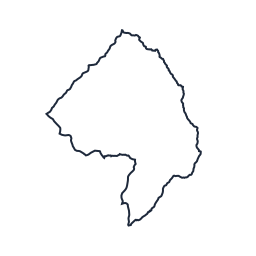 the district of Jericó, Boyacá, Colombia, rotated 29°
{"feature_id": "7082276B82066081329321", "entity_name": "Jericó", "entity_type": "district", "adm_level": 2, "iso_a3": "COL", "parent_name": "Colombia", "parent_adm1": "Boyacá", "projection": "robinson", "projection_center": [-72.572, 6.138], "detail": "fine", "context": "isolated", "style": "outline", "palette": "slate", "viewbox_px": 256, "rotation_deg": 29, "n_neighbors": 0, "source": "geoboundaries", "source_scale": "gbopen_adm2", "svg_char_len": 5785}
<svg xmlns="http://www.w3.org/2000/svg" viewBox="0 0 256 256"><g transform="rotate(29 128 128)"><path d="M164.0,79.7L163.2,79.5L162.4,79.1L161.3,78.0L161.1,77.2L161.3,74.9L161.0,73.9L160.6,71.8L160.1,70.7L159.4,70.3L159.2,70.0L158.6,68.8L157.9,68.2L157.3,67.9L157.0,67.6L156.7,67.2L156.6,66.4L156.4,66.0L156.1,65.3L155.5,65.4L154.8,65.8L153.9,65.2L153.2,65.1L151.8,66.0L151.4,66.1L150.9,66.0L150.1,65.1L149.2,64.9L148.9,64.7L148.0,63.7L147.0,63.5L144.6,62.3L142.5,61.5L142.2,61.2L142.0,60.6L141.3,60.0L140.7,59.8L139.4,59.8L138.3,59.3L136.7,58.0L136.0,58.0L135.7,57.9L135.5,57.6L135.3,57.0L135.1,56.8L134.4,56.6L133.8,56.2L133.1,56.2L132.5,55.9L132.1,55.5L132.0,54.8L131.8,54.6L129.1,53.7L128.5,53.1L127.6,52.9L126.9,51.8L126.1,51.4L125.5,50.8L125.1,50.6L124.1,51.0L122.8,50.6L121.3,50.6L121.0,50.4L120.9,49.8L120.7,49.5L119.9,48.5L118.9,47.6L118.5,47.3L117.8,47.2L117.0,46.0L116.0,45.7L115.5,45.3L114.7,45.7L114.3,46.2L114.2,46.5L114.4,47.1L114.3,47.4L113.6,47.5L112.8,48.0L111.6,48.5L111.1,48.1L110.0,47.9L109.3,48.7L108.5,48.8L107.5,49.4L106.1,49.8L105.5,49.7L105.2,49.6L104.7,49.1L104.2,48.3L103.7,48.3L103.0,48.5L102.5,48.6L101.4,48.0L101.0,47.7L99.8,46.4L99.5,46.3L97.6,46.2L95.9,45.8L95.1,45.5L94.7,44.9L94.6,43.6L94.5,43.1L94.0,43.0L93.2,43.1L92.1,42.5L91.2,42.5L90.0,42.7L89.8,42.8L89.4,43.5L89.0,43.9L87.8,44.3L86.5,45.1L85.1,45.0L84.5,44.6L84.2,44.5L82.9,44.6L81.8,44.9L80.5,45.7L78.6,46.4L77.8,46.5L77.4,46.4L76.0,45.3L75.5,45.3L75.3,45.4L76.1,47.9L76.5,50.9L76.3,51.7L74.5,53.4L74.2,54.2L74.1,55.4L74.4,57.5L74.7,58.1L75.2,58.5L75.4,59.1L75.4,59.5L75.3,60.4L75.1,61.0L73.7,63.1L73.3,63.9L73.0,64.8L73.1,66.0L73.4,67.3L73.4,68.3L73.1,69.8L73.1,72.1L72.5,73.7L72.4,74.4L72.6,74.9L73.0,75.5L73.1,76.1L73.1,76.4L72.9,76.6L72.0,77.3L69.8,80.0L69.7,81.0L69.9,83.5L69.9,84.1L69.4,86.0L69.5,86.9L69.2,87.6L67.2,89.5L66.4,90.0L64.9,91.1L63.7,91.8L63.3,92.2L63.3,92.7L63.8,93.2L64.3,94.1L64.7,95.3L65.1,96.1L65.3,97.2L65.0,98.1L64.4,99.0L62.1,101.9L61.9,103.0L62.2,104.9L61.9,106.2L61.6,107.0L60.1,109.9L59.5,111.5L58.5,112.8L58.2,113.5L58.3,115.9L58.1,117.7L58.4,119.7L58.3,120.5L58.4,121.5L58.4,121.8L57.8,123.1L56.9,124.1L56.6,124.7L56.7,127.2L55.7,129.8L55.6,130.7L55.5,132.1L55.1,133.5L54.9,133.9L53.8,135.2L53.2,136.4L52.9,137.5L53.0,140.7L52.6,143.0L52.6,145.2L51.8,147.3L52.1,149.2L51.9,151.4L51.6,152.2L51.0,153.0L49.9,155.2L51.6,155.7L52.5,156.1L54.7,156.5L55.9,156.6L57.7,156.6L58.1,156.7L60.1,157.9L64.1,159.2L66.2,159.8L68.4,160.6L68.8,160.9L69.6,162.2L70.4,164.1L70.9,166.1L73.5,166.0L75.8,165.3L76.9,164.8L79.3,163.0L80.3,162.7L81.5,162.8L82.0,163.0L82.6,163.7L83.4,164.3L84.1,166.4L84.3,166.7L85.2,167.6L87.6,169.6L88.5,170.6L90.1,171.5L92.2,172.8L93.9,172.8L94.5,172.7L96.2,171.9L97.4,171.6L101.8,171.8L102.1,172.0L103.2,172.0L104.3,172.4L105.0,171.9L106.3,170.4L107.5,167.7L110.0,163.9L114.4,162.0L114.9,162.0L115.6,162.8L116.4,163.4L118.6,164.6L119.5,164.8L120.1,165.2L121.0,165.6L121.7,165.7L121.6,165.1L121.4,164.8L121.5,164.4L121.3,164.3L121.3,164.0L121.6,163.7L121.8,163.7L122.2,163.5L122.7,163.1L123.1,162.6L123.2,162.2L124.1,161.4L124.6,161.4L125.5,160.8L126.2,160.6L126.3,160.4L126.5,160.4L127.0,160.8L127.3,160.3L127.9,159.8L129.3,159.2L129.8,158.8L131.9,157.8L132.2,157.4L132.6,156.6L133.3,155.7L133.4,154.8L134.4,154.7L136.3,154.1L137.3,153.4L138.1,153.1L138.4,152.7L138.6,152.6L140.5,152.6L141.0,152.4L141.5,151.9L142.0,151.9L143.3,152.5L144.2,153.1L145.6,153.2L147.1,153.1L149.5,152.3L149.8,153.0L150.4,153.9L151.6,155.3L152.1,155.7L151.8,157.1L151.8,158.0L151.9,159.2L152.0,159.5L152.8,160.2L153.2,160.9L153.4,161.6L153.3,162.4L153.0,163.6L152.2,165.9L151.7,168.4L151.6,169.8L151.7,170.7L152.3,171.9L152.8,172.8L153.5,174.3L155.1,178.8L155.6,180.7L155.7,182.0L155.5,183.8L154.5,187.8L155.0,190.3L156.1,192.1L157.0,193.0L158.7,194.3L159.2,195.2L159.3,196.4L159.5,197.2L160.7,195.9L161.4,195.3L162.3,194.8L163.3,194.7L164.4,194.9L164.9,195.1L166.0,196.7L169.0,199.9L171.2,203.3L171.5,204.1L171.9,205.9L172.4,207.1L174.2,209.4L174.5,210.1L174.9,211.9L175.3,213.3L175.2,213.5L177.5,211.5L177.3,210.7L177.4,209.8L178.9,205.2L179.2,204.6L179.6,204.4L180.1,204.6L180.7,203.9L181.6,203.8L182.7,202.6L182.9,202.2L183.5,200.5L183.7,199.2L184.4,197.8L185.4,196.1L186.0,194.5L186.4,193.8L186.3,193.1L186.5,192.5L186.3,192.0L186.5,191.8L186.8,191.7L187.4,190.6L187.1,190.4L187.2,190.1L187.2,189.7L187.3,189.6L187.7,189.8L187.9,189.7L188.3,188.5L187.8,187.3L187.8,187.0L188.1,186.1L188.7,185.0L189.0,184.2L189.0,183.5L188.6,182.1L188.5,181.0L188.6,178.9L188.9,176.0L188.7,174.8L188.6,174.4L188.8,173.9L190.1,171.5L190.1,170.7L189.7,167.8L189.1,166.1L188.1,164.4L187.9,163.4L187.8,161.6L188.0,160.7L188.8,159.9L189.1,159.5L189.1,157.2L189.3,156.8L189.9,156.0L190.2,155.3L190.2,154.8L190.0,153.3L190.7,150.8L191.0,147.8L191.5,147.3L192.6,147.2L194.1,146.1L195.5,145.3L197.3,145.4L199.4,145.3L200.5,144.4L201.5,144.2L201.8,143.7L202.2,143.4L203.3,142.7L204.0,141.5L204.1,140.4L204.5,139.5L204.8,138.9L205.6,138.6L206.0,138.1L206.1,137.5L205.8,135.9L206.0,134.2L205.0,131.6L204.9,130.2L204.3,128.6L203.8,127.9L203.6,127.0L203.6,126.4L203.9,125.7L204.2,124.7L204.4,123.6L204.0,121.2L203.8,118.5L203.8,117.9L204.1,116.3L204.1,115.5L203.2,113.5L203.0,113.3L202.7,113.3L201.3,113.8L200.6,112.8L197.8,111.7L197.0,111.0L196.5,110.4L196.1,109.6L196.2,108.5L196.2,107.8L195.5,105.9L194.9,105.2L193.9,104.4L193.6,103.9L193.4,103.5L193.3,102.3L192.3,100.6L191.8,98.7L191.1,97.7L189.7,96.8L189.1,95.8L189.0,94.8L188.7,94.2L187.3,93.9L186.8,94.0L185.9,94.4L185.0,94.5L183.3,93.9L182.4,93.2L180.8,93.4L180.5,93.4L179.4,92.5L178.2,91.9L176.1,91.2L174.8,90.5L174.6,90.3L174.1,89.6L173.2,89.1L171.3,87.4L169.7,86.7L168.5,85.6L167.9,84.7L167.4,83.6L167.0,83.4L166.4,83.2L166.2,83.0L165.7,82.0L165.1,81.5L164.5,80.1L164.0,79.7Z" fill="none" stroke="#1e293b" stroke-width="2"/></g></svg>